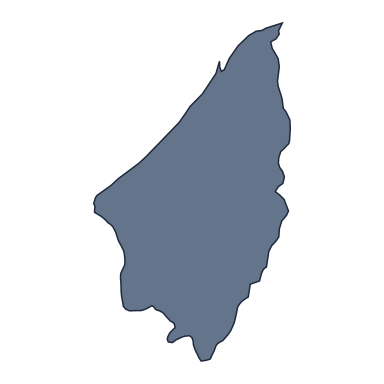 the district of Subis, Sarawak, Malaysia
{"feature_id": "92858781B11912366303886", "entity_name": "Subis", "entity_type": "district", "adm_level": 2, "iso_a3": "MYS", "parent_name": "Malaysia", "parent_adm1": "Sarawak", "projection": "natural_earth1", "projection_center": [113.752, 3.765], "detail": "fine", "context": "isolated", "style": "filled", "palette": "slate", "viewbox_px": 384, "rotation_deg": 0, "n_neighbors": 0, "source": "geoboundaries", "source_scale": "gbopen_adm2", "svg_char_len": 1995}
<svg xmlns="http://www.w3.org/2000/svg" viewBox="0 0 384 384"><path d="M129.4,310.8L136.5,310.6L141.1,310.6L144.1,309.7L146.7,308.6L149.4,307.1L151.8,305.8L153.7,306.7L155.4,309.3L157.3,310.2L159.5,310.8L162.8,312.6L165.8,316.0L167.7,318.2L170.1,320.8L173.7,323.0L174.8,325.4L175.0,327.8L173.3,329.3L171.2,331.5L169.9,332.6L167.7,337.0L167.3,339.2L168.0,341.3L168.4,342.0L172.4,342.6L176.2,339.8L182.6,336.8L185.6,336.1L189.4,335.7L191.8,337.4L193.3,341.6L193.3,344.4L194.5,348.1L196.0,351.8L197.7,354.9L198.8,357.5L201.1,361.0L203.9,360.7L207.7,359.9L210.3,359.0L211.2,356.8L214.3,350.5L215.8,346.1L217.7,343.5L220.1,342.0L222.9,340.5L226.0,337.0L228.6,333.9L230.7,330.7L232.2,327.4L234.1,323.0L235.2,318.9L236.7,311.9L237.7,306.9L239.7,303.8L241.8,301.4L245.2,298.8L248.2,297.1L250.3,284.2L259.6,280.9L261.4,273.7L262.9,270.3L264.5,268.1L266.4,267.2L268.8,251.5L271.7,245.7L276.4,240.6L278.8,236.9L279.4,228.7L281.8,220.9L286.5,215.4L288.5,211.0L284.1,199.4L280.0,195.3L275.3,191.6L278.2,186.8L282.9,183.4L284.4,176.9L282.6,171.5L279.7,167.4L278.4,163.2L278.8,157.6L280.7,151.7L282.9,149.7L288.8,143.6L289.5,140.8L290.3,128.8L289.9,119.9L286.0,111.8L283.3,108.3L282.0,98.5L280.5,93.5L278.2,86.5L277.5,81.3L279.3,66.7L278.2,58.8L275.2,53.4L272.2,48.4L270.7,41.9L276.1,38.8L279.2,34.2L278.6,30.7L282.3,23.0L266.1,28.1L261.7,30.5L256.1,31.2L248.7,35.6L238.1,45.8L229.3,58.4L224.3,69.7L221.3,71.4L219.8,67.3L219.5,61.2L216.0,73.4L210.4,81.9L202.5,93.8L190.1,106.4L186.5,111.9L179.2,122.4L145.9,156.8L139.2,163.0L118.0,178.9L111.3,185.2L96.9,195.5L95.4,197.9L93.7,203.6L94.5,205.3L95.0,206.6L94.6,209.9L94.5,212.3L101.6,216.6L106.2,220.6L107.5,222.3L110.3,224.3L112.4,226.2L113.9,228.6L115.6,232.1L116.7,235.2L117.7,238.6L118.8,241.5L120.5,244.5L122.2,247.8L123.9,251.5L124.5,255.2L124.8,258.7L125.0,262.2L124.5,265.5L122.4,269.8L120.7,273.7L120.5,278.3L120.9,282.2L121.2,292.1L121.6,296.2L122.9,303.4L123.3,306.2L125.6,309.1L129.4,310.8Z" fill="#64748b" stroke="#1e293b" stroke-width="1.5"/></svg>